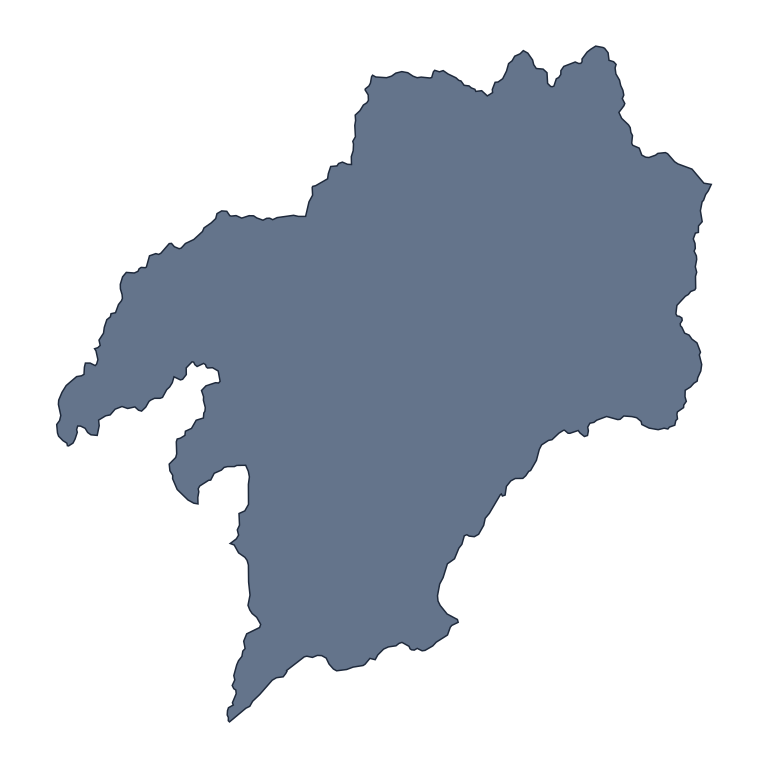 Ocros, Áncash, Peru
{"feature_id": "86281439B72862072024164", "entity_name": "Ocros", "entity_type": "district", "adm_level": 2, "iso_a3": "PER", "parent_name": "Peru", "parent_adm1": "Áncash", "projection": "robinson", "projection_center": [-77.418, -10.52], "detail": "fine", "context": "isolated", "style": "filled", "palette": "slate", "viewbox_px": 768, "rotation_deg": 0, "n_neighbors": 0, "source": "geoboundaries", "source_scale": "gbopen_adm2", "svg_char_len": 6002}
<svg xmlns="http://www.w3.org/2000/svg" viewBox="0 0 768 768"><path d="M458.2,622.3L457.4,619.5L447.1,614.0L440.2,605.5L438.0,601.0L437.5,595.7L439.7,584.0L443.1,577.6L447.4,563.8L454.5,558.8L458.9,548.1L461.9,544.3L464.3,535.8L466.9,534.7L469.1,536.1L474.3,536.7L478.6,534.3L483.7,525.3L485.2,518.3L489.3,513.4L500.4,494.6L501.3,494.0L502.4,496.0L505.1,495.1L506.4,486.4L510.8,480.9L515.2,478.5L522.8,478.4L525.8,475.7L528.7,471.4L530.6,470.5L536.4,460.4L539.3,449.4L541.6,444.9L548.5,440.4L552.0,439.7L559.0,433.1L563.5,430.3L564.5,430.2L568.0,433.2L569.9,433.3L578.2,430.5L580.0,433.0L584.4,436.5L587.5,435.5L588.4,430.9L587.7,427.1L589.9,423.2L593.9,422.4L596.7,420.2L606.6,416.5L617.8,419.6L620.1,419.3L623.8,416.0L631.9,416.6L636.6,417.7L641.1,421.4L641.8,424.5L649.1,428.1L658.2,429.7L664.1,428.2L667.9,429.0L669.4,427.1L674.8,425.2L675.8,420.6L677.5,418.9L676.9,414.2L677.4,411.9L683.6,407.6L683.8,404.9L686.3,401.4L685.0,396.7L685.2,390.3L690.6,386.9L693.8,383.3L697.2,381.1L697.7,377.8L700.8,371.0L701.7,364.5L699.3,354.9L700.5,352.2L697.0,342.9L691.9,339.1L689.1,335.1L684.6,333.1L681.9,327.3L680.5,325.9L680.2,323.6L682.2,320.4L681.9,318.0L679.3,316.3L677.1,316.0L675.9,313.8L676.9,305.4L685.4,296.2L688.3,294.5L690.7,291.5L694.8,289.9L695.7,288.3L695.5,276.3L696.7,272.2L695.3,266.8L696.7,259.4L696.4,255.9L694.1,251.1L695.3,248.4L695.0,243.4L693.3,238.9L695.4,233.1L698.4,232.4L698.5,225.9L702.2,221.7L700.4,210.7L702.1,201.9L703.6,200.2L705.6,194.6L708.3,190.8L711.3,184.4L703.9,183.2L692.0,169.1L677.9,163.9L674.6,161.7L667.6,153.7L665.4,152.6L657.8,153.4L655.5,155.2L649.0,157.5L645.7,157.2L641.8,155.1L639.2,148.1L632.7,145.3L631.7,143.2L632.5,135.6L630.9,132.4L630.2,127.6L628.5,124.9L621.7,118.4L618.9,112.4L623.9,105.8L624.8,103.5L622.3,98.6L623.8,95.1L622.9,90.3L620.7,85.5L619.5,80.1L615.9,73.9L615.1,67.9L616.1,64.4L613.6,61.7L609.0,60.3L608.1,52.8L604.6,48.3L603.0,47.5L595.7,46.1L590.8,49.2L587.1,52.1L582.0,59.0L582.1,61.7L580.8,63.4L578.7,63.5L575.2,62.0L563.8,66.4L560.9,70.6L560.8,74.5L558.7,77.5L556.3,78.8L553.9,86.1L552.2,86.7L550.7,86.5L547.6,83.4L547.0,72.7L543.1,69.1L536.3,68.5L533.7,64.6L532.6,60.0L527.8,53.1L523.3,50.6L520.1,53.8L514.7,56.2L512.1,60.8L508.6,63.6L506.5,71.1L502.7,78.7L498.1,82.0L495.1,82.3L492.3,89.5L492.6,92.6L487.3,95.9L481.7,90.7L475.8,91.4L474.9,89.3L471.3,87.9L469.0,85.9L464.1,85.3L461.0,81.0L458.7,80.3L456.0,77.8L448.1,74.0L443.2,70.6L439.4,71.8L434.7,70.3L433.4,71.8L431.7,77.5L429.9,78.0L421.2,77.1L417.1,77.7L412.9,76.1L407.8,72.7L401.8,71.6L395.8,73.1L391.6,76.1L386.6,77.7L375.8,77.0L372.6,75.2L371.6,76.6L370.4,83.2L368.9,86.0L365.3,88.9L365.1,89.9L368.2,94.9L368.4,100.4L366.8,102.8L363.4,105.0L359.9,110.7L355.2,115.1L355.6,120.5L354.8,125.4L355.4,136.8L352.8,141.3L353.5,144.0L353.2,150.7L351.3,156.6L351.5,164.5L347.5,164.3L342.4,162.1L338.6,163.5L337.0,165.9L330.7,166.5L328.3,173.7L327.6,178.8L315.6,185.7L312.7,186.4L312.2,187.5L312.6,195.2L309.0,201.8L305.6,216.4L298.3,216.4L293.6,215.3L277.1,217.6L272.7,219.7L269.7,218.2L266.7,218.3L263.0,220.2L256.7,217.9L253.6,215.8L249.1,215.7L241.7,218.1L236.1,215.6L231.3,216.1L229.8,215.7L226.8,211.3L221.7,210.9L217.0,213.6L215.7,218.6L211.2,222.9L204.0,227.9L202.5,231.5L193.8,239.5L185.4,243.5L181.2,248.1L179.1,248.7L174.3,246.7L171.5,243.4L169.2,243.6L160.9,253.2L158.7,254.4L155.8,253.6L149.5,255.8L146.4,267.0L145.3,267.7L141.2,267.4L139.1,268.8L138.0,271.3L134.3,273.0L126.3,272.4L122.6,276.8L120.3,284.3L120.4,288.9L122.1,294.6L122.4,298.4L121.5,300.7L118.5,304.5L115.5,312.7L111.0,313.7L110.4,316.8L106.8,319.7L104.3,327.3L103.5,333.2L99.0,340.1L100.2,345.4L97.8,347.7L94.6,348.7L96.0,350.9L97.9,359.7L96.6,364.1L95.2,365.6L90.2,363.1L85.4,363.1L84.4,367.2L84.0,374.3L81.5,375.8L76.6,376.6L66.2,385.5L62.0,392.3L58.7,400.1L58.4,404.4L60.8,415.5L59.6,420.5L56.7,424.5L57.5,433.0L58.6,436.2L62.9,440.6L66.9,443.2L67.4,445.7L68.6,445.9L73.0,443.1L75.1,439.0L77.3,432.3L76.6,429.6L77.7,426.0L80.6,426.1L85.1,428.3L87.7,432.5L90.9,434.8L97.2,435.4L99.2,425.7L98.6,420.1L105.7,415.8L110.2,414.9L115.1,409.2L122.0,406.5L127.7,408.5L134.9,406.9L138.5,410.2L141.6,411.1L145.7,407.2L149.0,401.4L150.7,400.1L154.5,398.3L160.1,398.3L162.5,397.4L166.7,389.7L169.7,386.9L172.3,382.7L174.0,376.8L180.4,379.9L182.6,379.3L186.3,374.6L186.2,367.9L192.1,361.8L193.7,362.2L194.9,364.7L197.1,366.5L203.6,363.4L205.5,364.6L206.2,366.8L207.5,368.0L212.5,367.7L218.2,371.0L220.1,381.3L218.6,383.0L215.5,382.7L206.0,385.8L201.5,390.5L203.6,396.8L203.4,400.2L205.3,407.6L204.9,411.3L203.8,413.0L203.4,418.0L196.2,420.2L191.5,428.4L185.4,431.2L184.9,435.4L180.3,438.2L177.2,439.0L176.3,441.8L176.7,453.9L175.7,457.5L169.2,464.1L169.9,470.8L172.7,475.3L172.6,478.7L177.2,489.5L188.0,500.0L193.8,503.2L198.0,503.9L197.8,497.5L198.8,491.8L198.2,488.8L199.7,486.0L208.6,480.3L210.7,480.1L214.2,473.3L221.4,470.1L224.1,467.4L227.5,466.6L234.3,466.6L236.8,465.4L245.7,465.3L248.3,471.2L249.4,476.9L248.4,484.3L248.5,504.4L244.8,510.9L239.0,513.5L239.5,525.2L237.3,529.9L238.6,535.1L236.4,538.8L230.2,543.5L234.2,545.0L238.6,552.9L244.9,557.3L247.1,560.4L248.4,565.0L248.6,582.0L250.0,595.1L248.0,605.3L249.8,610.0L252.1,613.5L256.7,617.3L260.7,624.4L259.6,627.5L246.7,633.8L243.7,641.2L245.1,648.6L242.8,651.1L241.9,656.4L238.5,660.7L236.7,664.9L233.8,675.6L234.8,679.9L232.2,685.5L233.8,688.7L235.8,690.0L236.2,693.7L232.4,702.8L233.3,705.0L228.5,707.7L227.5,710.6L227.2,715.0L228.4,717.6L228.3,720.7L229.5,721.9L245.9,708.2L249.8,706.3L252.6,701.3L259.8,694.4L272.2,680.2L276.5,677.7L283.2,676.8L285.8,673.4L287.0,671.2L286.6,670.5L304.3,656.8L306.8,656.2L312.5,657.4L317.3,655.4L321.7,655.6L326.2,658.1L329.0,664.0L333.4,669.0L336.6,670.8L346.7,669.5L353.1,667.1L363.1,665.5L365.1,664.2L369.9,658.4L375.2,659.7L377.8,654.9L383.6,649.1L388.4,646.9L396.0,645.8L399.0,643.4L402.0,642.4L409.0,646.3L410.1,648.8L411.5,649.8L414.3,650.1L417.2,648.4L422.1,650.8L425.0,650.4L432.8,645.9L436.2,642.2L447.5,635.0L450.3,627.2L451.8,625.4L458.2,622.3Z" fill="#64748b" stroke="#1e293b" stroke-width="1.5"/></svg>